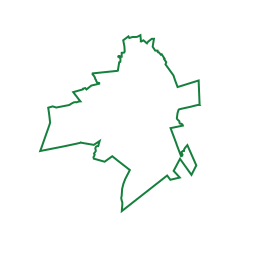 outline of Bulawayo, Bulawayo, Zimbabwe, rotated 235°
{"feature_id": "62879985B51719638002761", "entity_name": "Bulawayo", "entity_type": "district", "adm_level": 2, "iso_a3": "ZWE", "parent_name": "Zimbabwe", "parent_adm1": "Bulawayo", "projection": "natural_earth1", "projection_center": [28.57, -20.11], "detail": "fine", "context": "isolated", "style": "outline", "palette": "green", "viewbox_px": 256, "rotation_deg": 235, "n_neighbors": 0, "source": "geoboundaries", "source_scale": "gbopen_adm2", "svg_char_len": 2255}
<svg xmlns="http://www.w3.org/2000/svg" viewBox="0 0 256 256"><g transform="rotate(235 128 128)"><path d="M158.6,195.2L160.0,197.1L163.8,197.1L163.8,197.7L169.1,197.9L169.1,197.0L172.5,196.6L172.9,196.0L173.4,196.0L174.4,196.6L175.8,194.7L180.4,194.8L186.2,200.4L187.4,198.6L187.2,194.1L186.7,192.5L186.5,192.1L187.8,191.7L188.1,191.7L191.0,190.9L191.2,188.9L191.2,188.6L191.6,188.2L191.9,188.5L196.9,191.4L197.3,188.3L197.5,187.6L198.9,185.3L199.9,184.1L201.0,180.7L202.8,180.9L202.6,174.4L196.8,171.8L192.6,169.2L192.0,168.1L193.2,166.0L192.0,165.1L190.0,163.7L190.3,163.2L191.9,162.3L192.3,161.7L192.3,161.3L192.0,160.9L189.5,161.8L187.2,160.2L186.6,159.6L186.9,158.5L180.8,152.6L181.0,151.9L193.0,130.4L192.4,129.8L189.4,130.0L188.0,129.7L186.5,129.2L185.5,129.3L184.6,128.9L182.9,128.8L181.4,130.2L180.8,129.8L183.8,122.3L183.4,116.1L185.2,115.9L186.0,113.7L185.5,113.2L188.8,103.7L186.2,103.8L183.0,104.0L179.7,104.1L177.1,104.3L177.9,102.9L178.7,100.3L179.4,99.7L179.5,99.5L180.1,98.2L180.5,94.9L180.5,93.1L185.9,81.0L188.9,78.7L190.4,74.3L183.7,70.9L178.8,68.2L177.1,67.3L175.2,64.9L167.2,53.7L162.3,46.9L159.5,42.9L149.8,64.8L145.0,76.1L143.3,80.2L143.3,81.0L142.4,81.6L133.8,90.3L133.6,97.3L131.7,94.9L131.0,94.2L130.3,93.2L130.8,92.4L131.1,91.4L130.7,90.4L130.1,89.6L127.7,88.5L127.0,87.0L126.8,86.0L126.4,85.4L125.3,85.4L124.5,84.3L123.9,83.0L122.5,82.4L113.8,89.5L113.9,98.9L107.8,100.7L92.5,105.4L87.8,96.5L85.0,92.3L81.4,88.2L76.8,84.5L76.5,84.3L74.4,82.2L71.8,81.1L70.8,80.9L69.1,79.9L63.5,75.3L66.6,132.8L61.3,133.0L57.7,142.0L66.7,140.8L72.9,152.9L53.2,153.1L58.2,162.5L79.9,166.8L79.3,164.5L79.0,163.4L78.7,162.6L78.1,161.5L77.1,160.7L77.7,159.7L77.6,158.1L76.7,157.6L75.0,157.4L74.2,156.5L74.5,155.3L86.7,158.4L86.8,158.5L103.5,162.8L103.1,163.7L98.5,174.3L99.6,174.6L100.2,174.3L100.8,174.2L101.2,173.8L101.6,173.3L102.0,173.1L102.4,173.1L102.8,173.2L103.0,173.3L103.4,173.5L103.8,173.8L104.1,173.9L104.4,173.9L105.6,173.6L106.9,173.4L107.6,173.4L108.2,173.8L110.9,176.3L111.6,176.9L112.3,177.8L113.9,179.9L114.0,180.1L113.8,181.0L112.0,185.5L109.5,191.4L108.1,195.2L106.7,198.6L105.9,199.8L106.0,199.8L106.0,200.0L126.4,213.1L133.1,192.1L140.7,194.1L145.0,195.4L158.6,195.2Z" fill="none" stroke="#15803d" stroke-width="2"/></g></svg>